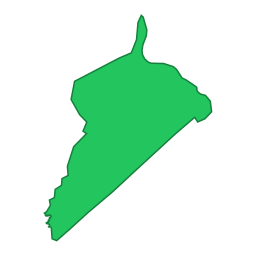 Isle of Wight, Virginia, United States of America (Robinson projection)
{"feature_id": "52423323B3800654156797", "entity_name": "Isle of Wight", "entity_type": "district", "adm_level": 2, "iso_a3": "USA", "parent_name": "United States of America", "parent_adm1": "Virginia", "projection": "robinson", "projection_center": [-76.854, 36.893], "detail": "fine", "context": "isolated", "style": "filled", "palette": "green", "viewbox_px": 256, "rotation_deg": 0, "n_neighbors": 0, "source": "geoboundaries", "source_scale": "gbopen_adm2", "svg_char_len": 1831}
<svg xmlns="http://www.w3.org/2000/svg" viewBox="0 0 256 256"><path d="M74.6,81.3L71.1,99.5L79.6,114.6L86.8,122.1L83.0,131.2L86.5,133.6L73.7,146.7L67.4,166.3L68.1,175.5L62.0,178.6L61.5,185.3L55.2,189.4L54.4,197.6L49.4,200.1L50.4,205.3L46.5,211.8L44.4,213.1L44.5,213.2L44.7,213.4L44.9,213.5L45.0,213.6L45.2,214.0L45.3,214.1L45.5,214.1L45.5,214.5L45.3,215.1L45.5,215.2L45.8,215.2L46.0,215.3L46.0,215.5L45.9,215.8L46.0,216.0L46.3,216.0L46.4,215.9L46.4,215.7L46.7,215.7L46.8,215.9L47.1,215.8L47.1,215.4L47.4,215.3L47.8,215.4L48.0,215.2L48.1,215.3L48.2,215.8L48.7,215.5L48.9,215.2L49.0,215.2L49.4,215.4L49.5,215.3L49.6,215.1L49.8,214.9L50.1,215.0L50.7,215.5L51.1,215.8L51.2,216.1L51.1,216.3L50.8,216.7L50.9,217.0L50.5,217.3L50.3,217.6L50.1,217.7L49.8,217.4L49.6,217.5L49.6,218.0L49.8,218.2L50.0,218.2L50.0,218.4L49.8,218.4L49.4,218.3L49.3,218.5L49.4,219.5L49.3,219.8L49.2,219.8L49.0,219.7L48.9,219.8L48.8,220.2L48.6,220.2L48.4,220.2L48.4,220.3L48.8,220.5L49.1,220.9L49.1,221.1L48.8,221.3L48.3,221.6L47.9,221.7L47.8,221.8L48.1,222.1L48.0,222.6L47.9,222.9L47.5,223.2L47.5,223.3L47.4,223.2L47.2,222.8L47.2,222.7L46.9,222.7L46.8,222.9L46.7,223.3L46.6,222.9L46.5,222.6L46.4,222.6L46.3,222.9L46.4,223.4L47.1,223.7L47.7,223.6L48.1,223.6L49.3,224.4L49.6,224.8L49.6,225.0L49.3,226.1L48.6,226.8L48.8,227.0L49.1,227.1L49.7,226.9L50.2,226.8L50.7,227.1L51.3,227.7L52.1,238.8L56.7,240.6L70.4,228.6L88.2,212.4L112.9,191.5L134.1,171.8L175.0,134.2L194.7,117.3L197.7,122.0L205.0,118.7L211.6,111.8L210.3,101.2L205.5,95.4L200.6,94.1L197.7,91.8L196.6,89.4L197.0,88.2L196.3,86.9L186.4,80.1L182.0,77.9L176.5,69.4L173.2,66.6L163.6,63.5L150.9,63.2L147.9,61.9L144.7,58.9L142.5,54.7L142.0,50.6L142.8,45.1L146.3,35.8L146.8,29.9L143.2,17.1L141.3,15.4L138.0,22.5L136.5,39.7L131.3,52.9L119.5,57.9L74.6,81.3Z" fill="#22c55e" stroke="#15803d" stroke-width="1.5"/></svg>